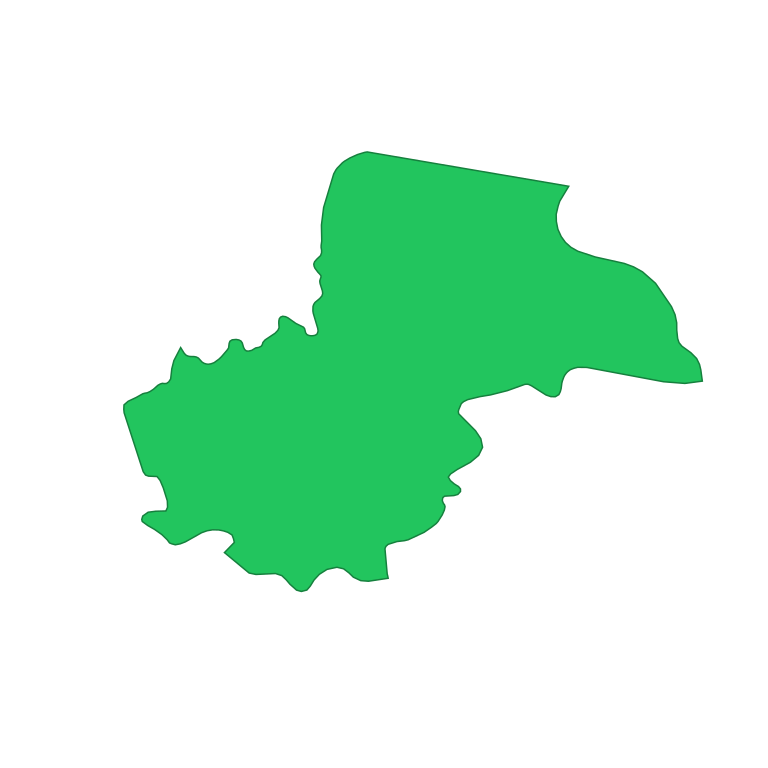 the border of Sidi Bel Abbès, rotated 231°
{"feature_id": "DZA-2146", "entity_name": "Sidi Bel Abbès", "entity_type": "Province", "adm_level": 1, "iso_a3": "DZA", "parent_name": "Algeria", "parent_adm1": "", "projection": "mercator", "projection_center": [-0.548, 34.822], "detail": "fine", "context": "isolated", "style": "filled", "palette": "green", "viewbox_px": 768, "rotation_deg": 231, "n_neighbors": 0, "source": "natural_earth", "source_scale": "10m", "svg_char_len": 3351}
<svg xmlns="http://www.w3.org/2000/svg" viewBox="0 0 768 768"><g transform="rotate(231 384 384)"><path d="M540.3,248.9L534.0,248.1L531.4,248.2L529.4,249.0L527.6,250.4L524.7,253.8L523.0,255.2L520.9,256.1L515.6,256.4L513.5,257.1L511.6,258.3L510.0,259.8L508.6,262.2L507.5,265.4L507.2,271.3L507.5,274.9L509.0,283.1L509.8,285.9L513.1,289.3L514.2,291.2L513.9,293.8L511.7,297.1L509.5,299.0L507.3,299.9L505.1,299.7L500.8,297.9L498.4,297.4L496.2,297.9L494.7,299.6L493.4,302.4L492.8,306.9L491.1,310.1L490.6,312.6L491.3,314.3L492.5,316.1L493.1,319.3L492.0,331.3L492.5,335.3L493.8,337.9L497.6,340.6L499.3,342.1L500.6,343.7L501.1,345.7L500.4,347.9L498.2,349.9L495.9,351.0L486.6,353.6L478.8,357.2L476.9,357.1L473.1,355.3L470.9,355.2L469.1,356.1L467.4,357.6L466.1,359.4L465.1,361.4L465.0,363.6L466.6,366.1L468.9,367.5L483.4,373.5L485.5,374.7L488.9,377.6L490.1,379.5L490.8,381.7L490.9,387.7L491.5,391.2L492.9,393.3L495.1,394.7L502.2,397.5L503.9,398.5L504.8,399.3L505.8,400.8L506.7,402.3L508.0,403.2L510.0,403.2L512.3,403.0L517.4,403.2L519.5,403.8L521.4,404.9L522.7,407.0L523.3,410.3L523.7,415.5L525.3,418.1L527.4,419.8L529.6,421.0L531.3,422.4L534.3,425.6L546.9,435.4L559.2,448.2L578.9,477.1L580.6,481.2L581.2,483.5L582.1,490.9L582.0,493.7L581.1,499.9L579.0,507.8L576.2,514.7L574.9,517.0L421.4,652.0L415.5,635.7L412.7,631.3L407.5,624.6L401.8,620.2L394.8,616.5L387.1,614.5L379.8,614.1L372.6,615.3L365.2,618.2L349.8,628.1L326.5,646.6L317.9,651.7L308.4,655.5L291.4,658.4L263.2,656.1L254.7,653.8L247.4,650.0L241.6,645.4L234.5,640.8L230.5,639.3L225.9,639.3L215.1,642.2L207.1,643.0L200.6,641.5L195.6,639.1L185.9,633.2L195.1,618.2L209.8,602.7L269.2,552.1L275.1,545.0L276.7,541.5L277.9,537.8L278.0,534.7L277.8,532.8L277.1,530.1L276.4,528.4L274.2,524.7L272.8,522.8L268.9,518.7L267.1,516.2L265.7,513.2L266.3,509.1L269.2,505.7L273.5,503.0L289.8,497.5L292.7,496.1L293.8,495.1L295.1,493.2L301.2,475.7L308.5,459.9L313.8,450.6L319.2,439.2L320.2,434.8L320.1,431.7L317.0,425.9L315.7,424.3L313.8,423.3L290.1,425.7L280.5,424.8L272.8,420.8L269.0,412.7L268.8,402.0L271.5,387.0L272.2,379.1L271.2,375.4L267.2,374.8L262.2,375.7L257.3,377.4L254.3,377.4L252.3,375.8L251.7,371.9L253.3,368.1L258.7,360.5L258.7,358.2L256.9,356.1L254.9,355.3L253.4,355.0L252.0,355.0L250.2,354.2L248.0,351.5L245.6,346.8L243.2,339.6L242.7,336.8L242.8,330.8L243.5,321.8L247.8,304.5L247.9,304.4L249.3,301.4L253.4,294.9L256.8,286.3L256.6,283.2L255.4,281.1L234.3,266.9L233.1,266.4L230.4,265.0L240.5,247.8L245.8,242.2L253.2,238.6L259.2,237.9L265.8,236.3L271.2,232.1L275.8,223.0L276.8,214.0L275.7,206.3L273.4,199.7L272.4,194.4L274.8,189.2L278.9,186.3L287.6,184.9L293.2,184.8L299.4,184.0L305.0,180.4L316.6,164.6L322.0,160.2L353.4,153.9L355.1,168.0L358.6,169.7L362.3,170.9L367.0,169.3L370.9,166.8L374.6,163.7L378.5,159.1L381.3,154.1L383.2,148.7L386.3,130.4L388.0,125.1L390.4,120.6L393.6,118.3L395.5,117.3L399.3,117.5L406.8,116.6L415.3,114.2L422.8,111.3L429.3,109.6L431.2,110.5L433.2,113.4L432.8,120.0L428.8,126.5L422.6,134.6L424.4,138.2L429.6,142.1L442.2,147.1L449.9,149.3L454.9,149.4L460.6,143.0L463.3,141.4L467.4,141.7L525.1,163.9L528.0,165.8L531.4,168.8L531.6,174.3L529.5,182.9L528.2,190.5L527.3,192.5L526.2,194.4L525.4,197.4L525.0,201.4L525.3,207.4L524.8,210.2L524.0,212.2L522.6,213.5L521.3,215.3L521.1,218.0L522.2,221.4L529.4,228.7L534.4,235.4L540.3,248.9Z" fill="#22c55e" stroke="#15803d" stroke-width="1.5"/></g></svg>